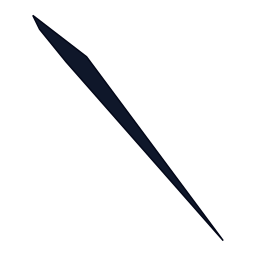 an SVG outline of Manihiki
{"feature_id": "COK-4961", "entity_name": "Manihiki", "entity_type": "state/province", "adm_level": 1, "iso_a3": "COK", "parent_name": "Cook Islands", "parent_adm1": "", "projection": "equal_earth", "projection_center": [-160.98, -10.397], "detail": "fine", "context": "isolated", "style": "filled", "palette": "ink", "viewbox_px": 256, "rotation_deg": 0, "n_neighbors": 0, "source": "natural_earth", "source_scale": "10m", "svg_char_len": 194}
<svg xmlns="http://www.w3.org/2000/svg" viewBox="0 0 256 256"><path d="M66.0,61.8L39.6,29.3L32.8,15.4L86.6,56.8L223.2,240.6L66.0,61.8Z" fill="#0f172a" stroke="#020617" stroke-width="1.5"/></svg>